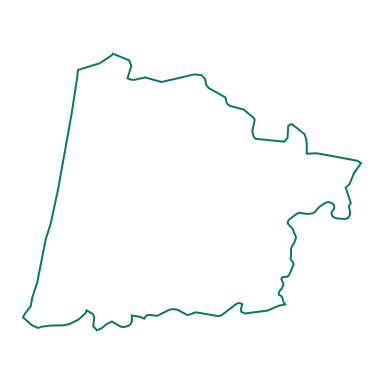 SVG path tracing the border of Landes
{"feature_id": "FRA-5313", "entity_name": "Landes", "entity_type": "Metropolitan department", "adm_level": 1, "iso_a3": "FRA", "parent_name": "France", "parent_adm1": "", "projection": "equal_earth", "projection_center": [-0.514, 44.01], "detail": "fine", "context": "isolated", "style": "outline", "palette": "teal", "viewbox_px": 384, "rotation_deg": 0, "n_neighbors": 0, "source": "natural_earth", "source_scale": "10m", "svg_char_len": 2086}
<svg xmlns="http://www.w3.org/2000/svg" viewBox="0 0 384 384"><path d="M23.0,317.3L24.6,314.2L30.7,306.2L32.2,297.8L37.2,282.6L45.8,238.9L50.7,223.7L58.1,189.2L71.6,114.0L77.3,76.8L77.9,70.0L99.6,63.3L111.7,55.3L113.0,53.7L129.1,60.4L131.3,66.0L127.5,78.4L131.3,79.7L134.7,79.8L145.1,77.4L161.5,82.0L194.3,74.4L201.7,75.2L205.1,79.1L206.2,84.8L208.7,88.1L224.7,97.0L225.7,98.5L226.6,102.7L227.5,104.2L230.4,106.0L243.7,109.6L253.4,117.6L254.7,119.8L252.3,131.2L253.6,136.5L255.6,138.8L284.4,141.7L287.5,137.9L288.3,125.7L291.7,124.0L304.5,134.1L306.1,138.7L306.8,143.6L306.8,153.7L317.0,153.3L357.5,160.8L361.0,163.1L354.1,172.9L349.5,184.1L345.7,187.7L350.8,203.0L348.9,206.0L350.2,212.8L349.8,215.0L348.4,217.5L346.6,218.6L344.7,219.0L337.7,218.5L336.0,218.1L334.4,217.5L333.4,216.9L332.4,216.0L331.6,214.5L331.5,212.9L332.0,211.5L333.7,209.4L334.3,208.1L334.3,206.7L334.0,205.3L333.0,204.0L331.5,203.0L328.5,202.0L326.3,202.5L324.3,203.4L319.2,207.0L315.3,211.6L312.9,213.3L310.4,213.7L306.4,213.9L299.1,212.7L296.7,213.9L289.7,219.0L288.0,221.2L287.6,223.2L288.9,224.9L292.0,228.0L293.0,229.6L294.1,232.9L295.1,234.7L295.8,236.4L295.9,238.1L294.3,242.6L292.0,246.1L291.2,248.6L290.9,250.7L291.1,254.9L290.7,257.3L290.7,259.1L291.7,260.6L292.9,262.2L293.5,263.8L293.2,265.5L289.4,274.5L288.1,276.1L287.0,276.8L283.7,276.9L281.8,277.8L281.4,279.2L282.0,280.9L283.2,282.7L283.3,285.0L282.2,287.9L279.6,291.0L278.7,293.2L278.9,294.7L281.9,296.6L282.5,298.0L283.1,301.1L283.6,302.4L285.2,304.4L278.8,305.7L267.4,310.6L244.6,313.5L241.2,311.7L241.0,308.5L241.9,305.9L242.0,304.0L239.2,303.0L236.8,303.6L221.3,315.4L218.3,316.1L195.8,312.3L189.1,314.7L186.9,314.9L177.6,309.8L173.6,309.1L169.6,309.6L157.3,315.8L148.4,314.9L146.3,315.7L144.2,318.4L144.1,318.6L140.2,316.9L131.8,315.5L131.9,321.4L130.3,324.6L127.4,326.2L123.6,327.1L120.6,326.6L111.9,321.5L106.7,324.1L101.5,328.3L96.9,330.3L93.2,326.2L94.3,317.7L93.0,314.0L86.6,310.4L85.4,313.3L78.7,319.4L70.1,323.8L63.5,325.3L49.6,325.6L42.6,326.6L38.0,327.9L31.8,325.1L23.0,317.3Z" fill="none" stroke="#0f766e" stroke-width="2"/></svg>